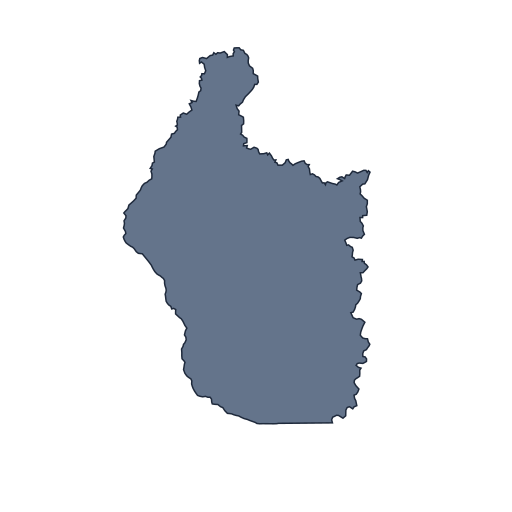 the district of Mozarlândia, Goiás, Brazil, rotated 43°
{"feature_id": "56859067B29377413065156", "entity_name": "Mozarlândia", "entity_type": "district", "adm_level": 2, "iso_a3": "BRA", "parent_name": "Brazil", "parent_adm1": "Goiás", "projection": "orthographic", "projection_center": [-50.615, -14.833], "detail": "fine", "context": "isolated", "style": "filled", "palette": "slate", "viewbox_px": 512, "rotation_deg": 43, "n_neighbors": 0, "source": "geoboundaries", "source_scale": "gbopen_adm2", "svg_char_len": 5732}
<svg xmlns="http://www.w3.org/2000/svg" viewBox="0 0 512 512"><g transform="rotate(43 256 256)"><path d="M425.7,325.9L423.0,324.2L422.0,321.6L422.9,319.4L423.5,317.6L425.1,316.3L427.8,315.8L430.2,315.3L430.6,311.7L426.8,307.4L426.0,304.6L427.1,302.5L431.0,301.8L430.6,299.4L431.8,296.7L429.5,295.1L427.7,293.8L425.2,292.9L422.6,290.9L423.6,288.8L423.2,286.1L422.0,283.1L417.4,282.7L414.1,281.7L412.7,279.7L412.7,277.9L413.3,275.7L413.8,273.3L412.2,271.3L409.7,268.7L409.3,266.4L406.8,267.6L403.8,267.7L403.4,265.6L404.5,263.9L407.4,261.7L408.1,259.8L408.7,257.8L407.1,255.9L404.6,255.4L402.7,256.6L400.7,254.7L399.5,252.0L400.6,249.2L400.2,247.0L400.0,244.7L399.4,242.9L396.8,242.3L394.0,240.5L392.1,242.1L389.9,243.2L386.3,242.8L384.5,240.2L383.2,237.3L382.0,234.4L380.8,230.2L376.3,230.4L374.1,231.5L372.7,233.6L369.1,234.9L366.9,234.0L364.0,232.8L365.3,230.8L364.5,227.7L363.5,225.5L362.2,223.5L362.5,221.5L362.0,218.5L361.4,216.1L360.0,214.3L358.7,211.6L356.5,211.5L352.9,212.3L351.2,210.1L349.8,207.6L350.9,204.6L350.3,202.1L348.5,200.5L346.9,199.5L345.4,198.3L343.7,197.1L345.6,195.3L345.6,192.5L345.7,189.8L345.4,187.6L342.7,187.1L340.2,187.4L338.8,186.2L337.3,187.6L336.2,186.0L332.9,188.7L331.2,191.5L329.1,190.6L326.8,191.1L325.7,189.5L324.2,187.6L323.1,185.5L320.5,184.0L318.8,184.6L316.1,184.8L315.1,186.3L312.9,185.1L310.1,183.9L310.6,181.2L311.9,178.4L314.8,175.8L318.0,174.0L319.2,171.9L320.9,171.1L320.4,168.6L320.5,166.2L316.8,164.5L314.8,162.4L314.0,160.8L311.1,159.8L308.7,159.6L305.8,157.0L307.8,155.2L306.5,153.7L309.2,150.7L307.2,147.7L303.0,144.6L301.8,141.9L299.4,139.3L295.7,140.0L292.2,139.6L289.8,139.6L288.8,137.8L287.1,136.2L284.7,134.6L285.0,130.7L286.4,129.0L285.5,124.2L283.3,120.1L282.2,116.9L280.0,117.0L280.4,119.1L278.0,118.4L276.4,119.8L275.5,122.0L273.7,126.1L271.0,126.9L268.8,128.1L269.3,133.2L266.7,135.2L267.2,137.2L268.0,138.9L264.8,139.5L263.6,141.2L262.9,143.9L265.1,143.0L267.8,142.3L266.3,145.8L266.7,148.9L264.9,149.4L262.4,150.9L260.4,151.8L257.7,153.0L257.2,154.8L258.2,156.5L255.9,156.0L254.7,157.3L252.1,156.5L249.8,155.7L247.6,155.8L245.5,157.0L243.5,156.8L241.2,157.4L240.2,159.4L238.3,158.1L235.6,155.8L233.2,155.1L232.6,152.9L230.9,154.4L228.6,154.6L226.3,153.6L224.6,155.7L222.7,159.7L221.7,162.0L221.2,164.5L219.3,164.4L217.3,164.6L215.5,164.3L213.7,163.4L212.6,165.0L213.7,167.9L213.3,171.6L210.1,174.6L207.8,173.6L205.8,174.5L205.0,172.2L203.7,173.6L201.5,173.2L198.9,172.2L195.6,171.6L195.6,174.1L193.5,173.2L191.9,175.9L189.1,178.8L186.8,178.0L184.8,176.6L183.1,176.6L180.4,177.8L179.3,181.6L177.4,182.7L175.4,183.4L174.3,181.2L171.7,184.0L170.4,182.2L172.0,179.3L170.5,177.6L169.1,176.2L166.2,177.1L163.9,176.8L161.5,177.3L161.2,175.3L156.4,170.4L156.8,167.8L154.8,165.5L152.1,163.1L149.7,163.7L147.0,164.5L144.8,161.6L141.8,161.1L138.6,159.3L140.9,158.0L140.8,155.9L141.2,152.7L140.3,150.4L139.6,146.8L139.8,142.4L139.8,138.7L139.7,136.6L139.2,134.0L138.0,131.4L139.6,129.9L139.1,127.2L136.2,125.0L134.5,123.3L132.3,123.8L129.6,124.5L127.5,122.2L125.5,121.0L121.6,121.4L118.8,120.2L117.1,118.5L115.5,116.1L113.7,115.2L111.8,114.9L109.7,115.4L106.5,114.2L104.2,115.6L101.7,115.2L100.0,116.8L98.2,118.7L99.1,120.8L100.9,121.3L101.3,123.6L102.9,125.2L100.8,127.9L99.6,130.3L97.7,128.2L95.8,128.2L93.4,128.1L91.4,132.0L89.3,133.5L89.1,135.8L86.5,136.1L87.3,138.6L85.8,140.6L85.2,145.3L81.5,147.3L80.2,149.9L81.3,151.8L83.3,153.5L83.8,151.3L87.3,151.1L89.8,153.1L92.9,154.8L94.0,157.9L92.1,159.6L93.1,161.1L93.1,163.1L94.9,163.2L96.5,164.3L95.1,166.3L97.0,168.6L99.2,170.0L101.3,170.7L102.8,172.8L102.4,175.0L104.1,177.9L105.4,180.5L106.8,183.8L104.9,185.3L102.4,186.6L104.6,187.4L103.4,190.2L106.8,191.4L109.6,193.0L108.9,196.2L108.6,199.6L105.3,201.0L104.5,204.6L106.1,205.9L104.2,207.8L105.3,209.4L106.2,211.5L107.8,212.6L109.2,213.9L108.7,215.8L110.5,215.5L112.4,217.2L112.3,219.8L112.7,221.9L111.1,224.4L112.8,227.2L113.0,233.8L114.1,235.5L114.4,239.1L112.1,243.5L110.8,248.1L112.0,249.7L113.4,252.9L117.6,256.6L116.9,258.7L118.3,260.8L118.9,264.1L120.8,263.1L121.4,265.6L123.9,267.0L125.8,269.0L127.1,270.7L126.2,273.4L126.0,276.4L124.9,279.0L124.9,282.1L125.4,284.0L126.5,286.7L126.7,289.7L126.9,293.1L128.9,295.5L128.9,299.2L128.6,302.6L128.3,305.4L130.0,308.7L130.0,310.9L129.9,312.8L130.0,314.7L133.4,315.2L134.9,317.0L135.5,320.3L137.4,321.7L138.6,323.3L140.0,325.9L143.8,327.1L145.5,328.4L145.5,330.7L146.0,332.6L148.0,333.7L150.1,334.5L152.1,335.0L155.3,334.7L157.9,334.3L159.7,333.7L161.8,333.7L165.5,334.5L168.1,334.3L171.4,331.9L174.0,332.3L180.0,333.1L182.4,333.5L185.7,334.1L187.7,334.9L190.0,335.7L192.6,336.4L195.8,336.7L197.9,336.3L199.7,335.8L201.6,335.8L203.6,335.6L205.9,336.3L207.6,338.2L209.6,339.7L212.2,341.1L213.7,342.3L214.8,344.0L215.6,345.9L217.1,347.0L219.7,349.2L221.2,350.4L223.7,351.1L225.7,351.3L228.0,350.9L230.5,352.2L231.5,350.5L233.8,349.9L235.2,351.6L236.7,353.2L239.1,353.2L242.1,353.2L244.1,352.9L247.1,353.6L251.5,355.3L254.6,355.9L255.4,358.8L257.5,362.5L260.1,363.2L262.1,364.9L263.2,368.2L263.2,370.0L264.3,371.9L265.0,374.8L267.8,377.4L269.8,379.6L272.0,381.6L274.9,381.8L276.6,382.2L277.4,383.9L279.2,386.5L280.5,388.5L284.1,390.3L287.2,390.9L289.1,390.8L292.2,390.3L294.2,391.1L296.2,393.5L298.2,394.7L300.2,395.7L303.1,396.7L305.7,397.3L308.3,397.8L310.5,396.9L313.0,395.4L314.8,393.1L317.2,392.1L318.7,390.6L321.0,391.0L323.2,393.0L324.9,394.0L327.1,392.5L329.4,390.6L332.8,390.4L335.1,389.5L338.7,390.4L340.6,390.5L342.4,390.6L344.2,389.2L345.9,388.0L347.9,387.3L350.3,386.1L352.3,384.8L355.0,384.1L358.2,383.0L361.2,381.4L363.7,380.5L369.0,378.2L370.8,377.9L373.1,376.2L375.2,374.1L378.8,370.8L383.5,366.5L385.5,364.5L386.6,363.0L388.0,361.7L425.7,325.9Z" fill="#64748b" stroke="#1e293b" stroke-width="1.5"/></g></svg>